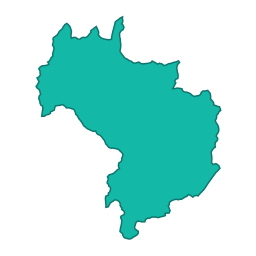 outline of Campinas, São Paulo, Brazil, rotated 91°
{"feature_id": "56859067B21122711831395", "entity_name": "Campinas", "entity_type": "district", "adm_level": 2, "iso_a3": "BRA", "parent_name": "Brazil", "parent_adm1": "São Paulo", "projection": "orthographic", "projection_center": [-47.047, -22.895], "detail": "fine", "context": "isolated", "style": "filled", "palette": "teal", "viewbox_px": 256, "rotation_deg": 91, "n_neighbors": 0, "source": "geoboundaries", "source_scale": "gbopen_adm2", "svg_char_len": 4497}
<svg xmlns="http://www.w3.org/2000/svg" viewBox="0 0 256 256"><g transform="rotate(91 128 128)"><path d="M217.1,96.2L216.3,93.9L215.6,91.0L214.9,89.1L212.8,89.4L212.4,87.6L212.3,85.4L210.0,84.5L207.3,85.5L205.3,86.4L204.0,85.3L202.4,85.5L200.8,84.5L199.9,82.9L198.9,80.7L198.4,78.5L198.9,76.6L198.4,75.0L198.4,73.3L197.0,71.2L195.9,69.4L195.3,67.9L193.5,66.5L194.4,64.1L196.0,62.0L194.6,60.3L194.2,58.5L194.7,56.8L192.9,55.4L188.2,51.0L186.4,49.8L182.5,47.4L176.1,43.0L173.3,41.0L171.0,39.4L169.5,37.8L168.3,36.8L166.7,35.4L164.6,36.2L162.9,37.9L162.1,39.5L163.0,42.3L161.1,43.9L158.9,43.7L157.0,43.6L154.6,43.8L152.1,44.3L150.3,44.3L148.6,43.3L146.8,42.1L145.7,40.4L143.6,40.7L141.0,40.5L139.9,39.3L138.3,38.2L136.5,38.2L134.9,39.6L133.0,39.2L131.6,38.1L129.6,37.3L127.6,37.2L125.2,37.6L123.1,38.6L121.0,40.1L119.0,40.9L117.4,40.0L115.9,39.6L114.0,39.7L112.2,38.2L110.2,37.3L108.8,35.6L107.4,36.0L105.2,36.9L104.8,39.0L104.1,40.5L103.5,42.7L101.4,42.8L99.3,44.2L97.7,45.9L95.5,45.9L93.6,46.1L91.8,46.5L90.7,47.6L89.0,48.9L89.7,51.5L89.7,53.8L91.1,55.3L93.3,56.2L94.4,57.9L94.7,60.0L95.3,62.3L94.3,64.3L92.6,66.2L91.7,68.2L91.1,70.3L91.0,72.2L90.1,73.8L87.8,74.8L87.4,77.5L87.2,79.7L87.8,81.7L87.9,83.9L82.0,81.0L80.4,82.3L78.2,80.7L77.6,79.0L75.0,78.8L73.0,79.0L71.0,79.7L69.1,80.0L66.5,80.3L63.8,79.6L61.5,77.6L60.0,78.6L61.2,81.5L61.8,84.2L62.6,86.0L63.0,88.5L64.5,91.3L64.9,93.3L63.5,94.8L62.7,97.6L63.6,99.8L62.5,101.2L61.7,102.9L60.6,105.0L61.9,105.9L62.8,108.0L63.2,110.8L63.5,112.9L63.6,115.6L61.9,118.4L63.0,121.8L62.8,124.1L61.4,125.5L60.6,127.9L59.2,130.0L57.9,132.7L56.1,133.9L54.8,135.1L53.1,136.4L51.3,137.4L48.6,136.9L46.6,136.7L44.6,136.7L42.9,137.0L40.6,137.2L38.6,137.4L37.1,137.9L35.3,138.0L33.5,138.1L31.4,136.9L29.6,134.6L27.4,133.8L25.4,134.6L23.9,136.1L22.3,135.2L20.4,135.1L18.7,135.5L17.0,135.4L18.3,137.9L19.8,139.5L20.8,141.0L22.1,142.5L28.9,144.1L32.0,144.9L37.0,145.9L39.4,146.0L40.1,148.1L40.0,150.2L39.6,152.8L38.7,155.9L37.3,157.7L35.5,159.2L32.7,159.0L29.7,160.2L27.1,161.5L28.3,163.2L29.4,164.3L30.4,165.8L31.4,166.9L33.1,166.8L35.1,168.5L37.2,170.1L38.4,172.2L38.1,174.7L38.9,176.4L40.0,177.6L40.0,179.5L38.4,181.8L38.4,184.3L39.3,186.0L37.8,186.6L35.8,186.6L33.5,186.3L31.6,186.3L30.2,186.9L28.0,187.6L26.1,189.1L24.5,191.0L25.7,192.9L27.9,194.5L29.9,195.4L31.1,196.7L32.3,198.1L33.9,199.1L35.8,200.0L37.4,202.0L39.1,204.2L40.7,204.6L42.5,204.0L44.7,204.6L46.6,204.9L48.0,203.8L49.4,203.4L51.0,203.6L52.9,204.0L54.9,204.6L57.6,204.5L59.5,206.4L61.3,207.0L62.6,207.9L63.4,209.4L65.5,208.2L66.4,209.5L67.0,211.9L67.4,215.2L68.7,217.0L70.4,218.2L72.7,216.9L74.6,216.9L76.3,216.5L78.4,217.8L79.5,219.8L81.1,218.9L83.3,217.8L85.0,218.7L86.4,219.3L88.0,220.6L89.5,219.7L90.8,217.9L92.2,216.9L94.1,216.5L95.8,216.0L97.7,217.4L100.3,217.8L102.4,216.7L105.1,216.3L106.9,215.3L107.5,213.9L109.8,213.5L117.8,214.5L117.7,211.8L116.2,209.7L115.8,207.5L114.7,205.9L113.1,205.7L112.4,203.9L111.4,202.0L109.0,201.6L107.3,201.0L106.8,198.7L106.5,196.2L105.7,194.1L107.3,191.4L109.0,190.0L108.8,188.4L109.1,186.2L109.8,184.4L110.1,182.8L111.4,181.8L113.4,180.9L115.3,180.4L116.6,178.9L118.4,178.0L119.7,177.2L120.9,176.1L122.5,174.8L124.3,173.6L126.6,172.3L127.8,170.6L129.0,169.3L129.8,167.9L130.9,165.3L132.0,162.6L131.6,160.2L133.6,159.4L134.9,158.1L135.7,155.9L137.0,154.5L138.6,153.2L140.9,151.3L142.6,150.6L144.4,149.9L145.8,148.5L147.8,146.9L148.5,144.4L148.4,142.7L148.8,140.0L149.2,138.5L149.7,137.0L151.0,135.7L152.7,133.8L154.5,132.5L156.6,133.0L158.6,133.8L160.2,133.7L161.7,134.4L163.2,136.6L165.1,136.9L167.0,136.8L168.7,135.8L170.0,137.9L171.4,139.3L173.1,141.0L174.3,143.2L175.1,146.0L177.2,147.7L179.6,146.7L181.7,147.7L183.4,147.9L184.7,146.6L186.4,146.3L187.6,144.6L189.8,144.4L192.3,145.2L193.4,146.5L195.6,146.5L196.6,149.1L198.6,149.4L201.9,149.1L204.9,148.7L207.7,148.7L207.1,146.3L204.9,145.3L202.9,144.1L201.4,141.5L200.1,140.0L200.3,138.0L201.5,135.8L203.5,134.5L205.2,134.5L206.6,134.1L207.9,132.8L209.5,132.9L210.9,130.9L212.4,130.0L214.2,130.2L215.4,131.7L216.3,133.5L217.9,133.8L219.8,132.7L221.8,132.7L223.5,132.8L225.7,133.2L228.5,133.8L231.7,134.2L233.6,131.8L235.9,131.0L237.8,129.7L238.6,126.8L239.0,124.6L238.4,122.6L237.1,121.0L236.1,119.2L234.7,117.0L232.8,115.8L231.0,116.0L229.9,117.7L228.7,119.4L226.5,119.7L225.0,119.0L223.5,118.8L221.9,118.0L221.0,116.7L221.1,114.6L221.6,112.6L221.5,109.5L219.2,108.9L217.9,106.9L217.7,104.5L216.6,102.5L216.6,100.5L216.6,98.4L217.1,96.2Z" fill="#14b8a6" stroke="#0f766e" stroke-width="1.5"/></g></svg>